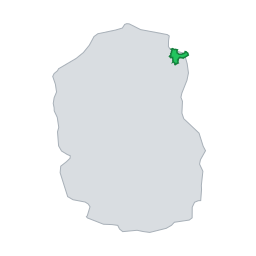 Dojran, Dojran, North Macedonia (highlighted), rotated 277°
{"feature_id": "65306769B30499724495111", "entity_name": "Dojran", "entity_type": "district", "adm_level": 2, "iso_a3": "MKD", "parent_name": "North Macedonia", "parent_adm1": "Dojran", "projection": "albers", "projection_center": [22.692, 41.225], "detail": "fine", "context": "in_parent", "style": "filled", "palette": "green", "viewbox_px": 256, "rotation_deg": 277, "n_neighbors": 0, "source": "geoboundaries", "source_scale": "gbopen_adm2", "svg_char_len": 2214}
<svg xmlns="http://www.w3.org/2000/svg" viewBox="0 0 256 256"><g transform="rotate(277 128 128)"><path d="M115.7,58.5L120.2,59.2L129.9,56.5L136.0,52.7L139.1,52.2L143.2,50.8L149.0,51.0L155.0,52.7L162.6,50.6L170.0,47.0L173.0,48.0L176.2,51.0L178.4,51.9L190.7,68.0L197.4,74.5L205.4,79.5L214.6,83.1L217.9,86.6L223.7,103.7L226.5,110.2L230.4,112.1L231.4,114.0L231.5,116.5L227.2,128.5L225.5,155.6L224.4,157.7L219.8,157.6L213.7,158.2L211.3,160.3L208.9,174.8L199.0,178.9L190.0,181.3L182.5,180.7L169.2,177.2L164.9,176.8L161.1,178.8L149.3,179.7L144.0,182.2L131.6,199.1L119.1,204.8L114.9,207.7L105.4,203.8L100.9,203.4L94.2,207.6L79.8,207.8L75.9,208.5L64.8,209.0L64.4,206.6L62.4,203.1L57.2,201.4L46.6,202.6L44.1,200.0L40.1,185.5L36.8,183.1L33.1,178.2L27.0,162.3L27.1,155.5L27.6,149.5L24.5,135.4L26.7,131.9L30.1,129.7L30.2,124.1L29.5,115.4L33.8,98.7L34.9,97.5L35.9,98.3L45.2,99.9L47.7,97.8L49.3,94.5L50.1,82.2L52.5,76.5L75.3,66.1L81.9,65.9L86.9,70.9L90.9,74.2L93.4,74.1L94.3,70.9L97.1,64.8L101.8,61.3L115.6,58.5L115.7,58.5Z" fill="#d9dde1" stroke="#a8b0b8" stroke-width="1"/><path d="M204.0,174.2L204.2,174.3L204.7,174.7L204.8,175.0L204.9,175.5L205.0,175.7L205.5,176.1L205.7,176.5L206.3,177.2L206.7,177.7L206.9,177.9L207.0,178.1L207.3,178.5L207.5,178.8L207.8,179.0L208.4,178.5L208.8,178.5L209.1,178.4L209.3,178.4L209.5,178.3L209.7,178.0L210.3,176.9L210.7,176.5L210.8,175.4L209.5,175.3L208.8,174.5L208.7,173.7L208.3,173.5L208.3,173.1L207.7,172.3L207.4,169.4L208.4,168.2L208.5,167.6L210.5,167.1L211.6,167.5L211.8,165.7L211.8,165.2L211.6,164.7L211.4,164.4L211.6,164.0L211.9,163.5L212.0,163.2L212.2,162.5L212.2,162.4L212.0,162.1L211.9,162.0L211.7,162.0L211.7,161.9L211.5,161.3L210.8,162.1L210.2,162.2L208.9,161.8L208.2,162.0L206.9,161.3L206.1,161.7L205.1,161.6L204.9,160.9L204.1,160.5L203.8,161.6L203.2,161.5L202.9,162.0L203.0,162.2L203.4,162.4L203.5,163.7L202.4,163.9L201.0,164.4L200.6,164.2L200.0,164.6L199.0,164.4L199.2,164.6L199.0,165.2L197.9,166.7L196.7,166.8L196.6,167.1L196.9,167.6L197.9,168.2L197.8,168.6L198.6,169.8L198.8,169.5L199.4,169.6L199.8,169.4L201.6,169.5L201.7,169.0L203.9,170.2L204.0,170.9L204.5,170.9L204.5,171.3L204.2,172.5L204.4,173.3L204.0,174.2Z" fill="#22c55e" stroke="#15803d" stroke-width="1.5"/></g></svg>